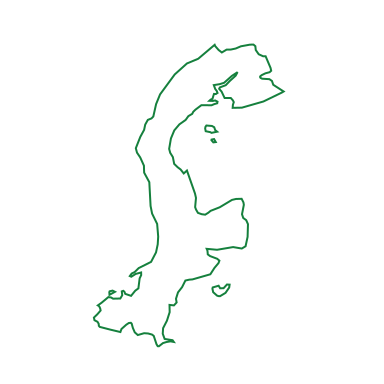 outline of Panama, rotated 284°
{"feature_id": "PAN", "entity_name": "Panama", "entity_type": "country or territory", "adm_level": 0, "iso_a3": "PAN", "parent_name": "North America", "parent_adm1": "", "projection": "mercator", "projection_center": [-80.239, 8.409], "detail": "fine", "context": "isolated", "style": "outline", "palette": "green", "viewbox_px": 384, "rotation_deg": 284, "n_neighbors": 0, "source": "natural_earth", "source_scale": "50m", "svg_char_len": 3048}
<svg xmlns="http://www.w3.org/2000/svg" viewBox="0 0 384 384"><g transform="rotate(284 192 192)"><path d="M340.3,178.4L339.2,179.2L336.2,183.5L334.6,187.2L338.5,191.1L339.6,195.2L341.8,199.7L345.2,204.2L349.0,212.6L349.9,216.0L348.8,218.2L345.2,219.5L341.8,223.4L340.9,228.2L341.5,230.6L331.4,238.2L328.8,239.5L327.0,238.3L324.9,234.5L322.3,231.4L320.9,230.3L320.1,230.2L319.3,230.9L318.9,232.6L320.2,239.8L319.1,242.7L315.7,244.9L311.7,256.6L310.2,255.1L297.1,239.4L285.9,220.0L283.5,211.1L286.5,210.6L289.3,210.8L290.8,209.5L292.6,206.9L291.1,200.9L296.6,196.4L298.7,193.4L300.2,193.7L303.8,198.9L309.0,201.9L315.4,206.2L319.3,207.2L314.3,202.6L305.7,196.7L303.3,192.7L301.0,187.3L297.6,189.6L296.0,191.6L294.3,192.8L292.8,191.4L292.5,189.6L287.4,189.3L286.1,187.7L284.7,186.8L285.4,190.2L286.4,192.3L285.8,194.9L284.2,195.0L282.7,192.4L280.9,190.0L278.5,180.1L272.7,175.4L270.1,173.8L267.9,173.3L264.7,170.1L260.4,168.4L254.6,163.4L247.5,159.9L238.8,158.6L228.3,159.4L224.7,161.4L222.3,163.9L221.2,165.0L215.0,167.9L212.6,172.0L211.1,175.5L208.0,179.5L211.6,181.9L191.2,195.3L187.2,197.3L178.1,198.7L176.0,200.1L173.2,202.8L172.8,206.8L173.2,210.3L175.9,212.9L178.2,214.6L183.9,222.6L194.0,232.7L195.9,236.4L197.4,241.8L194.4,244.4L192.1,245.4L182.5,245.9L179.2,248.0L177.8,251.4L174.3,254.1L161.9,256.8L152.3,257.1L149.2,254.0L148.5,245.2L142.0,230.3L140.4,220.0L138.8,221.2L135.3,222.4L134.2,225.0L133.3,232.6L132.0,235.2L129.4,234.9L123.9,232.2L116.6,229.7L107.3,213.6L106.3,210.6L104.5,207.0L97.3,205.4L91.2,202.7L84.5,202.3L81.1,203.8L77.6,201.9L77.0,197.5L70.0,199.4L61.0,198.8L52.9,196.9L47.4,197.9L42.8,201.0L43.5,209.0L42.1,210.6L41.9,207.3L40.3,203.6L38.4,200.4L34.3,197.2L34.1,196.0L35.7,194.4L43.1,189.7L44.0,187.7L44.1,183.6L43.4,179.7L40.1,174.0L42.0,170.4L45.8,167.5L49.7,165.3L50.3,164.3L49.6,162.4L47.3,160.3L42.0,156.7L38.8,156.4L38.7,146.1L38.8,135.1L39.6,134.0L41.6,133.3L43.2,131.7L44.0,128.4L46.4,127.2L50.6,129.8L54.9,132.0L56.6,131.2L58.0,130.2L58.9,129.1L59.2,128.1L62.6,131.0L69.7,136.2L70.1,138.8L69.4,141.2L71.3,148.2L75.0,149.3L78.6,147.9L79.5,149.2L78.9,150.5L77.0,151.9L76.5,158.0L82.5,160.8L85.5,163.3L95.5,162.1L99.1,162.8L101.6,162.1L98.9,157.2L95.1,153.6L95.4,152.0L98.3,153.2L100.4,155.7L105.3,158.7L114.3,169.2L124.7,171.7L132.9,171.4L140.5,170.0L152.6,165.9L161.4,158.5L168.4,155.2L191.2,148.2L199.2,140.9L202.6,139.9L205.9,139.0L213.0,133.4L216.9,129.1L220.9,126.9L233.0,128.5L240.7,130.5L246.1,130.3L251.3,131.7L253.6,134.9L255.9,136.2L268.6,135.9L279.0,137.4L301.9,146.8L315.5,156.0L322.8,165.8L340.3,178.4ZM111.2,250.9L108.3,251.2L102.2,248.9L97.7,244.4L97.4,242.9L97.5,241.4L99.9,236.8L103.1,235.2L104.4,235.2L107.5,240.5L105.4,242.6L106.3,245.9L110.7,248.3L111.2,250.9ZM257.7,199.5L256.6,201.8L254.1,196.6L254.5,195.3L254.3,190.6L256.8,189.4L258.5,189.3L260.0,189.9L260.9,195.4L260.2,197.9L257.7,199.5ZM77.1,138.8L76.5,141.4L72.3,136.8L74.8,136.0L75.7,136.1L77.1,138.8ZM248.7,200.6L246.2,203.0L245.3,200.7L247.0,198.3L247.6,198.3L248.7,200.6Z" fill="none" stroke="#15803d" stroke-width="2"/></g></svg>